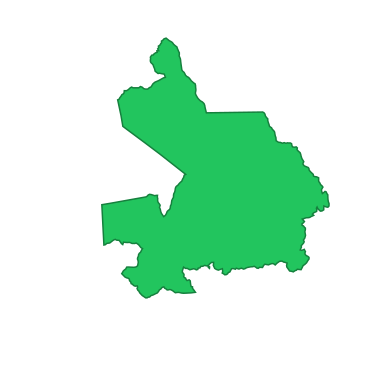 Quixadá, Ceará, Brazil, rotated 227°
{"feature_id": "56859067B59231090145989", "entity_name": "Quixadá", "entity_type": "district", "adm_level": 2, "iso_a3": "BRA", "parent_name": "Brazil", "parent_adm1": "Ceará", "projection": "mercator", "projection_center": [-38.963, -4.916], "detail": "fine", "context": "isolated", "style": "filled", "palette": "green", "viewbox_px": 384, "rotation_deg": 227, "n_neighbors": 0, "source": "geoboundaries", "source_scale": "gbopen_adm2", "svg_char_len": 6026}
<svg xmlns="http://www.w3.org/2000/svg" viewBox="0 0 384 384"><g transform="rotate(227 192 192)"><path d="M322.2,278.0L323.1,276.0L322.9,274.0L323.2,272.6L321.9,271.5L321.8,270.3L321.3,268.6L321.6,266.9L320.3,266.1L320.1,264.5L318.1,264.0L319.2,262.6L317.9,261.7L318.6,260.3L318.9,258.4L318.6,257.2L319.5,255.9L319.0,253.5L317.8,252.7L316.9,251.5L315.8,250.6L314.6,250.2L313.2,250.3L311.7,250.3L309.9,249.5L307.7,248.7L306.5,248.0L305.4,247.4L301.8,248.0L301.0,249.3L299.6,250.2L297.1,252.1L294.0,250.7L294.9,249.0L296.2,243.7L297.6,239.8L297.7,238.5L297.7,236.9L297.1,235.1L296.8,233.4L297.4,232.1L297.5,229.7L299.1,228.1L300.5,227.2L302.5,227.1L304.3,226.2L304.5,224.1L306.1,222.4L308.3,220.0L309.9,219.4L310.3,218.0L310.3,216.0L310.4,214.6L310.8,213.1L312.3,211.6L310.9,210.0L310.6,208.7L311.0,207.2L310.4,205.1L310.2,203.6L309.6,201.9L310.1,200.5L296.3,192.2L287.2,186.2L282.6,187.0L260.7,191.0L242.0,194.3L209.2,199.4L209.6,197.7L208.4,195.9L207.8,193.8L206.9,192.0L207.0,190.0L206.9,188.2L206.6,186.5L206.8,184.5L206.6,183.3L205.8,182.0L204.7,180.7L203.8,179.3L203.0,177.2L201.8,175.8L200.8,174.9L200.2,173.0L199.5,171.3L197.1,168.4L196.6,166.9L195.8,165.9L195.0,165.0L194.5,163.6L194.7,162.4L194.7,160.6L194.0,159.2L193.4,157.8L193.1,156.6L193.3,154.5L197.3,155.1L199.0,155.8L201.1,157.1L202.8,157.6L204.1,159.7L205.8,160.0L207.2,160.1L208.6,160.6L209.8,161.6L210.6,162.5L212.0,163.2L213.1,164.5L214.0,163.5L214.6,162.3L216.2,161.4L218.0,160.4L219.3,159.3L219.7,157.7L219.5,156.5L219.8,155.0L239.3,124.8L244.2,117.4L213.3,91.4L212.6,92.6L212.5,94.7L210.8,97.1L210.4,101.8L209.7,103.6L208.4,103.9L206.2,105.8L202.4,105.2L200.8,105.5L202.0,107.7L200.8,108.7L199.2,110.2L197.7,112.0L196.4,112.6L195.2,113.1L194.4,114.0L193.4,115.0L192.8,116.3L191.5,116.7L189.8,117.0L188.1,116.9L186.3,116.7L184.3,117.2L183.9,115.5L183.0,113.3L183.1,111.7L182.7,110.3L181.6,109.0L181.1,107.6L180.2,106.4L178.5,105.7L177.1,104.6L175.2,102.0L175.2,100.7L175.6,99.5L176.7,98.0L180.7,94.1L181.6,93.0L180.9,91.1L181.1,89.2L181.1,87.8L180.6,86.5L180.2,84.9L175.5,85.0L173.9,85.6L172.3,86.6L171.0,86.7L169.7,85.8L167.9,85.8L166.5,85.0L164.9,85.6L163.6,85.5L161.9,86.2L160.7,87.9L159.5,87.4L158.9,86.0L157.1,85.4L155.4,85.5L154.1,85.0L152.5,85.0L150.2,85.0L148.2,85.5L146.2,85.9L145.2,87.0L144.9,88.4L144.1,89.4L144.2,91.4L143.2,93.4L142.8,94.9L142.4,96.2L141.8,97.9L142.2,100.1L142.7,101.5L142.3,103.0L142.6,105.1L141.8,106.7L140.2,106.4L138.9,106.9L137.4,107.0L136.5,108.0L135.9,109.2L134.7,110.0L132.7,110.6L131.3,110.8L129.7,111.1L128.9,112.3L127.8,113.7L126.7,114.5L125.4,115.3L123.7,116.8L118.8,122.6L116.3,126.1L119.1,126.5L121.2,126.7L122.3,127.7L123.4,126.9L124.9,127.7L126.6,128.9L128.2,130.1L129.7,130.0L130.6,128.0L132.0,128.0L133.4,128.6L134.6,128.1L135.8,128.3L136.8,129.7L138.1,130.2L139.9,130.2L141.0,131.4L142.0,133.1L142.8,134.6L140.6,135.1L139.4,136.4L136.6,137.4L134.8,140.8L133.4,141.7L132.2,142.0L131.4,143.4L132.1,144.5L131.1,146.1L131.6,147.7L130.3,149.3L129.7,151.2L128.3,152.1L126.9,153.3L127.4,155.9L127.2,158.2L125.8,159.8L124.7,158.7L123.9,157.6L120.6,156.5L118.8,157.0L116.9,158.0L115.9,160.4L115.2,161.9L113.0,160.3L112.1,158.8L110.7,159.3L109.1,159.5L108.2,160.7L107.9,162.2L108.3,163.6L107.7,165.2L108.3,166.8L108.9,168.7L107.8,170.0L105.9,171.1L106.1,172.4L104.8,173.1L103.6,173.8L103.2,175.0L102.5,176.3L100.5,177.1L99.8,178.4L99.5,179.8L99.1,180.9L98.2,182.4L97.3,183.8L95.9,185.5L95.3,186.8L93.4,187.4L92.2,187.5L91.0,188.4L90.8,190.1L88.7,192.1L89.2,193.5L89.5,194.8L89.5,196.0L88.0,197.1L86.5,198.3L86.0,199.9L85.1,201.7L84.0,202.7L81.9,203.1L82.0,205.6L81.6,208.7L80.7,210.0L79.8,210.8L78.3,211.2L77.2,212.0L75.1,213.1L73.8,211.1L72.5,210.2L71.0,210.0L69.6,209.8L67.7,209.5L65.8,210.9L64.5,211.6L64.2,213.7L63.6,215.0L63.7,216.3L60.8,218.8L61.4,220.5L62.4,223.1L62.1,225.0L62.1,227.5L62.9,230.2L63.2,231.9L64.4,233.0L66.1,232.8L67.5,232.2L69.2,232.2L70.5,233.1L71.0,234.3L72.3,234.6L73.5,235.0L74.4,232.5L75.8,231.6L76.5,233.0L77.0,234.4L78.2,235.2L78.4,237.3L78.6,238.9L79.1,240.1L80.9,240.8L81.3,242.9L82.2,244.4L82.9,245.5L84.5,246.5L86.0,247.5L87.2,249.3L88.3,250.3L89.6,250.2L91.1,250.4L92.5,249.8L93.7,250.7L93.5,252.4L93.7,254.1L97.0,254.2L96.2,255.8L95.4,257.8L94.0,259.4L93.1,260.8L92.9,262.1L92.3,263.8L91.9,265.1L93.7,265.0L93.8,266.8L92.8,269.9L93.8,271.1L95.3,271.9L95.7,273.2L94.2,272.7L92.4,272.7L90.5,272.8L89.5,274.1L89.1,276.2L90.4,277.4L91.8,278.9L89.5,280.0L88.2,281.0L88.3,282.6L90.0,284.3L92.1,285.2L94.0,286.5L96.0,288.2L97.3,289.4L99.0,289.6L100.5,290.2L101.7,289.7L101.7,288.4L102.0,286.3L103.4,287.0L105.3,288.1L105.9,289.7L106.3,291.1L108.1,291.3L109.7,291.1L111.9,291.8L113.2,291.8L114.3,292.7L116.0,294.3L117.4,293.8L118.5,293.2L119.5,292.3L120.7,291.7L122.3,292.7L125.3,292.5L126.9,292.5L128.3,292.7L129.4,293.5L130.6,293.7L134.6,291.9L136.5,292.1L137.4,292.9L137.9,294.4L141.6,295.2L144.1,296.4L145.4,297.2L147.1,297.9L149.4,297.6L151.4,297.7L152.4,299.1L153.9,299.0L155.0,297.3L156.5,296.3L157.9,296.8L159.5,297.8L160.9,297.3L161.8,296.2L162.8,295.4L163.6,293.9L165.2,293.1L166.0,291.4L168.1,290.4L169.3,289.2L172.1,288.5L174.6,290.5L176.3,291.2L177.9,292.2L179.5,293.3L181.1,293.6L183.1,293.5L184.8,294.0L186.1,293.6L187.3,293.5L188.5,294.2L190.1,294.9L191.6,295.6L192.8,296.3L193.8,297.3L195.6,297.3L197.4,297.5L199.3,298.5L201.0,298.7L202.3,298.2L240.1,256.5L241.9,257.5L244.9,259.2L246.7,260.4L248.5,261.1L250.8,261.0L253.1,260.3L254.9,260.2L256.4,260.2L258.3,260.6L260.0,261.0L261.6,261.6L262.5,262.5L263.4,263.8L264.5,264.9L265.9,265.9L267.7,267.4L269.2,268.1L270.6,267.6L272.2,267.5L273.7,267.3L275.1,267.5L277.1,267.7L278.7,267.5L280.0,267.0L281.8,266.9L283.6,267.5L284.9,267.8L286.4,267.6L287.8,267.7L288.9,268.3L290.0,269.1L292.6,270.9L295.1,272.7L296.1,273.5L297.3,274.3L298.8,274.9L300.3,275.4L301.3,276.6L302.5,277.7L304.0,278.1L305.5,278.7L307.0,279.2L308.4,279.9L310.5,279.5L312.6,279.3L314.7,279.6L316.8,279.1L318.0,278.6L322.2,278.0ZM126.9,153.3L125.7,152.5L124.3,152.7L125.2,153.8L126.9,153.3Z" fill="#22c55e" stroke="#15803d" stroke-width="1.5"/></g></svg>